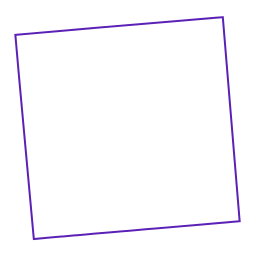 the district of Jewell, Kansas, United States of America, rotated 175°
{"feature_id": "52423323B48788445659830", "entity_name": "Jewell", "entity_type": "district", "adm_level": 2, "iso_a3": "USA", "parent_name": "United States of America", "parent_adm1": "Kansas", "projection": "orthographic", "projection_center": [-98.177, 39.785], "detail": "fine", "context": "isolated", "style": "outline", "palette": "violet", "viewbox_px": 256, "rotation_deg": 175, "n_neighbors": 0, "source": "geoboundaries", "source_scale": "gbopen_adm2", "svg_char_len": 442}
<svg xmlns="http://www.w3.org/2000/svg" viewBox="0 0 256 256"><g transform="rotate(175 128 128)"><path d="M23.9,230.1L30.4,230.2L150.3,230.6L232.1,230.6L232.1,189.7L231.5,25.6L217.0,25.7L203.3,25.7L201.7,25.6L189.8,25.7L188.9,25.6L182.1,25.6L179.5,25.6L171.0,25.7L155.7,25.6L150.3,25.6L144.8,25.6L142.2,25.6L137.1,25.5L116.7,25.6L110.2,25.5L108.1,25.5L30.0,25.4L24.9,25.4L23.9,230.1Z" fill="none" stroke="#5b21b6" stroke-width="2"/></g></svg>